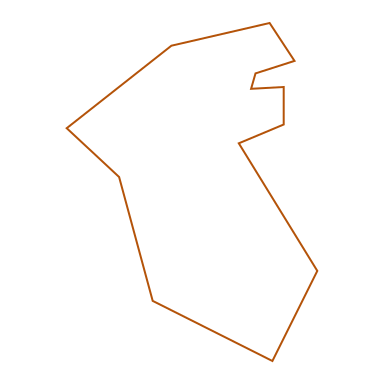 SVG path tracing the border of Bel Air
{"feature_id": "SYC-5206", "entity_name": "Bel Air", "entity_type": "state/province", "adm_level": 1, "iso_a3": "SYC", "parent_name": "Seychelles", "parent_adm1": "", "projection": "mercator", "projection_center": [55.454, -4.638], "detail": "fine", "context": "isolated", "style": "outline", "palette": "amber", "viewbox_px": 384, "rotation_deg": 0, "n_neighbors": 0, "source": "natural_earth", "source_scale": "10m", "svg_char_len": 287}
<svg xmlns="http://www.w3.org/2000/svg" viewBox="0 0 384 384"><path d="M269.6,23.0L294.5,60.9L255.5,73.4L251.1,88.8L283.7,87.0L283.7,124.5L238.8,143.3L317.3,270.9L272.4,361.0L152.7,300.9L119.1,177.0L66.7,128.2L171.4,45.7L269.6,23.0Z" fill="none" stroke="#b45309" stroke-width="2"/></svg>